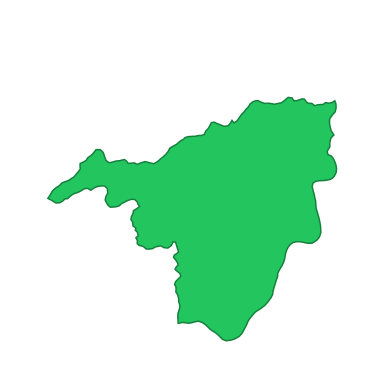 the district of São João Batista do Glória, Minas Gerais, Brazil, rotated 288°
{"feature_id": "56859067B336283598194", "entity_name": "São João Batista do Glória", "entity_type": "district", "adm_level": 2, "iso_a3": "BRA", "parent_name": "Brazil", "parent_adm1": "Minas Gerais", "projection": "orthographic", "projection_center": [-46.443, -20.535], "detail": "fine", "context": "isolated", "style": "filled", "palette": "green", "viewbox_px": 384, "rotation_deg": 288, "n_neighbors": 0, "source": "geoboundaries", "source_scale": "gbopen_adm2", "svg_char_len": 3901}
<svg xmlns="http://www.w3.org/2000/svg" viewBox="0 0 384 384"><g transform="rotate(288 192 192)"><path d="M255.1,323.1L259.1,322.2L262.1,320.6L264.4,318.9L267.5,316.1L269.4,313.2L269.6,309.8L272.1,308.1L274.8,308.4L277.3,309.2L281.3,307.9L285.9,307.4L290.1,309.3L291.9,307.1L293.5,305.2L295.9,303.8L298.3,302.3L301.4,301.0L304.3,300.4L306.8,301.2L309.6,302.1L312.4,303.4L316.4,303.1L320.2,301.7L322.9,299.6L320.5,297.7L318.8,294.9L318.3,291.4L315.8,289.7L314.8,287.0L313.7,284.4L312.0,282.1L313.3,278.5L312.3,275.1L313.2,272.5L315.1,270.3L314.6,267.9L313.0,265.8L311.2,263.4L310.3,260.4L312.4,258.2L311.7,254.2L307.8,251.8L304.5,249.5L302.7,246.3L300.9,243.2L300.6,240.0L300.0,237.0L298.8,234.1L298.7,230.6L299.3,226.5L298.3,224.1L296.6,222.0L293.6,220.0L290.2,219.3L287.2,217.7L284.1,216.7L281.9,215.5L279.4,214.6L276.5,213.8L273.3,212.8L270.7,210.4L272.5,207.9L269.0,207.1L266.0,205.8L264.3,201.9L264.7,198.0L264.8,194.7L265.3,191.5L263.9,189.0L261.0,188.5L257.7,187.9L254.2,186.3L250.4,185.8L248.7,183.5L247.8,180.9L246.1,178.0L244.8,174.6L243.4,171.1L241.6,168.6L239.3,167.5L237.5,165.6L234.8,163.9L232.4,162.5L229.4,159.5L226.7,157.3L223.2,156.8L219.8,155.5L216.4,153.7L213.7,151.8L211.1,150.4L209.1,148.8L207.1,146.9L206.8,143.9L206.7,141.3L206.4,137.9L203.8,134.2L201.3,131.4L201.9,128.4L200.7,125.4L199.5,122.4L201.1,120.4L202.0,117.8L200.8,115.6L199.3,113.4L198.0,110.2L195.5,106.6L194.2,103.8L195.5,100.5L198.2,98.2L200.2,96.9L202.3,95.1L203.9,91.8L202.7,87.7L198.2,86.0L195.2,84.5L192.6,82.4L189.4,81.6L186.9,79.4L184.6,76.8L182.3,77.4L179.4,78.6L176.3,77.7L172.9,76.3L169.8,75.1L167.6,73.2L164.6,70.8L162.1,67.5L160.3,65.4L157.3,64.0L154.3,61.6L151.9,60.0L149.3,58.8L145.6,58.1L141.4,56.9L140.6,61.5L139.5,66.1L141.0,69.7L143.4,71.8L146.2,73.3L147.2,75.8L149.5,77.0L151.9,78.5L153.7,80.0L155.4,82.4L157.5,84.9L159.4,86.6L161.8,88.5L163.2,91.6L162.4,95.2L165.7,97.7L168.1,100.5L169.5,103.3L170.7,106.8L169.2,110.3L165.0,112.2L161.1,111.5L157.5,111.9L154.9,114.5L153.2,116.6L152.3,119.0L153.3,121.6L154.6,124.6L156.4,127.1L159.0,128.5L162.0,131.4L164.5,134.0L166.6,137.1L167.1,140.1L165.5,143.2L163.5,144.5L162.2,146.7L159.3,144.7L156.0,142.1L153.3,142.5L149.8,142.0L146.9,142.4L145.1,144.7L141.5,146.4L140.4,149.6L138.1,150.0L136.9,152.4L133.8,154.4L131.2,152.8L129.0,155.0L125.9,155.9L124.8,158.4L125.2,161.0L124.8,163.6L123.6,166.0L124.6,169.2L126.1,172.2L128.1,173.7L129.5,176.0L131.2,179.1L130.4,182.3L131.2,186.4L134.7,188.9L138.7,189.4L139.2,191.9L136.8,193.5L133.7,195.7L131.0,197.6L128.6,196.5L126.7,194.7L124.2,194.6L122.5,197.3L120.4,199.9L118.4,201.4L116.0,200.2L113.2,199.8L111.7,203.2L110.8,205.7L108.3,207.4L104.8,205.6L101.5,204.1L98.7,204.0L97.0,205.9L94.8,206.8L91.9,207.6L89.7,210.2L86.7,212.1L83.7,213.2L81.6,214.7L79.0,216.0L76.2,216.2L71.9,216.2L68.5,217.2L65.9,218.3L62.8,219.4L65.0,223.3L65.6,226.4L66.3,229.7L67.8,232.5L69.6,235.1L71.1,238.0L71.1,241.9L70.0,245.9L68.6,248.7L67.3,251.2L66.3,254.0L65.5,257.6L64.1,261.0L63.0,263.3L61.3,266.4L61.1,270.5L62.5,273.5L63.9,276.0L66.0,278.5L69.1,281.4L72.7,283.1L76.4,283.9L80.5,284.6L83.1,285.0L85.9,285.2L88.8,285.8L91.5,286.8L94.4,288.0L96.6,288.9L98.6,290.2L100.9,292.2L103.6,294.3L107.0,296.5L110.5,298.0L113.8,299.1L116.3,299.9L119.6,300.3L121.9,299.8L127.3,299.5L130.3,299.5L133.9,299.4L138.4,299.5L141.1,298.6L143.5,299.0L146.2,299.5L148.7,300.1L151.7,300.6L154.3,300.9L156.9,300.8L159.7,300.4L162.4,300.0L166.0,300.0L169.5,300.5L172.4,301.7L175.1,303.6L177.0,306.7L178.0,309.9L178.5,312.6L178.8,316.5L179.5,319.5L180.4,322.0L182.5,323.9L185.2,325.9L188.5,327.1L193.2,327.1L197.2,325.6L200.0,324.5L202.3,323.2L205.5,321.4L209.0,319.1L212.2,316.9L214.9,315.1L218.2,313.7L221.6,312.4L224.4,310.6L227.2,309.1L229.4,307.6L231.6,306.2L234.6,304.5L238.1,304.4L240.6,306.7L242.1,309.7L243.2,312.7L244.5,315.7L246.3,318.9L248.4,321.3L251.0,322.4L255.1,323.1Z" fill="#22c55e" stroke="#15803d" stroke-width="1.5"/></g></svg>